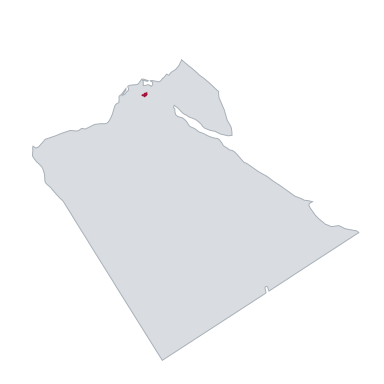 Tamy Al-Amdid, Ad Daqahliyah, Egypt shown in context, rotated 327°
{"feature_id": "37247803B352337860507", "entity_name": "Tamy Al-Amdid", "entity_type": "district", "adm_level": 2, "iso_a3": "EGY", "parent_name": "Egypt", "parent_adm1": "Ad Daqahliyah", "projection": "equal_earth", "projection_center": [31.578, 30.948], "detail": "fine", "context": "in_parent", "style": "filled", "palette": "rose", "viewbox_px": 384, "rotation_deg": 327, "n_neighbors": 0, "source": "geoboundaries", "source_scale": "gbopen_adm2", "svg_char_len": 3779}
<svg xmlns="http://www.w3.org/2000/svg" viewBox="0 0 384 384"><g transform="rotate(327 192 192)"><path d="M309.8,316.9L303.3,316.9L296.8,316.9L290.4,316.9L283.9,316.9L277.4,316.9L271.0,316.9L264.5,316.9L258.0,316.9L251.6,316.9L245.1,316.9L238.6,316.9L232.2,316.9L225.7,317.0L219.2,317.0L212.8,317.0L206.3,317.0L202.6,317.0L203.2,314.6L203.6,312.9L203.2,311.8L201.9,311.5L201.1,311.9L199.2,316.8L198.2,317.0L195.9,317.0L188.3,317.0L180.8,317.0L173.3,317.0L165.8,317.0L158.2,317.0L150.7,317.0L143.2,317.0L135.6,317.0L128.1,317.0L120.6,317.0L113.1,317.0L105.5,317.0L98.0,317.0L90.5,317.0L82.9,317.0L75.4,317.0L75.5,311.0L75.6,305.1L75.7,299.2L75.8,293.2L75.9,287.3L76.0,281.4L76.1,275.5L76.2,269.6L76.3,263.7L76.4,257.8L76.5,252.0L76.6,246.1L76.7,240.2L76.8,234.4L76.9,228.5L77.1,222.7L77.2,216.8L77.3,211.0L77.4,205.1L77.5,199.3L77.6,193.5L77.7,187.7L77.8,181.9L78.0,176.1L78.1,170.3L78.2,164.5L78.3,158.7L78.4,152.9L78.6,147.1L78.7,141.4L78.8,135.6L78.9,129.9L78.8,128.8L77.8,124.9L77.0,119.9L76.1,113.9L76.0,111.9L74.3,105.6L74.2,103.9L74.7,102.6L77.7,97.3L78.6,94.8L79.4,91.7L79.7,89.2L79.0,85.4L78.1,82.0L77.8,78.5L77.8,75.1L79.3,72.8L81.1,70.6L81.8,69.2L82.9,67.7L83.6,67.0L85.0,70.1L87.9,70.6L97.7,67.9L108.3,70.6L114.2,71.7L123.3,74.0L128.7,78.2L130.2,78.7L134.2,78.6L136.8,81.1L147.2,82.3L152.7,85.0L155.9,87.2L157.8,87.9L159.4,87.8L161.7,87.0L164.6,85.4L167.7,83.3L174.1,77.8L176.4,76.9L177.9,77.1L179.7,77.0L180.5,75.6L181.4,74.5L182.0,73.4L183.0,72.0L186.3,71.6L193.0,69.2L192.3,70.4L186.2,73.0L188.8,73.4L191.5,72.5L194.5,71.9L195.1,70.7L195.5,68.6L196.1,68.3L198.2,68.7L204.4,72.0L206.0,72.0L210.4,70.3L211.3,69.9L212.8,70.9L216.0,74.9L214.9,74.9L211.4,71.4L211.1,73.1L209.1,76.2L211.6,77.5L213.6,78.0L214.7,79.7L215.4,81.2L217.4,80.6L218.8,78.5L218.1,77.3L217.6,76.1L218.2,76.1L219.6,77.1L223.6,81.0L224.9,81.8L226.5,81.7L229.7,80.6L230.6,80.8L234.9,79.3L235.4,80.4L236.2,81.4L239.6,80.3L245.1,80.3L249.6,79.0L254.8,75.9L255.2,75.4L255.5,76.2L256.1,78.3L257.7,83.7L259.2,87.9L260.9,93.8L261.5,96.1L261.7,97.6L264.2,104.1L265.8,109.4L266.9,113.8L268.4,120.1L269.1,122.3L268.1,123.5L266.0,127.6L263.8,140.7L260.6,151.0L260.3,157.5L259.8,159.8L258.3,163.1L256.4,166.3L253.0,164.6L247.5,159.0L244.3,153.6L240.8,150.2L237.5,145.6L236.6,142.3L236.7,140.2L235.2,135.1L234.2,132.7L230.2,127.2L229.1,124.3L228.2,123.0L227.3,121.2L225.9,114.1L224.3,109.6L222.5,110.9L222.9,112.8L221.3,115.4L220.4,118.4L221.1,120.9L224.3,124.6L225.0,126.3L225.8,129.9L225.7,134.7L226.2,136.4L228.6,140.0L229.5,142.1L230.0,144.0L230.8,145.7L233.2,148.8L236.7,154.8L240.0,158.9L242.4,160.9L243.4,162.8L243.7,167.9L243.5,170.3L245.6,174.9L246.4,177.2L248.4,179.1L249.4,181.2L250.2,184.7L251.6,195.1L253.4,197.7L258.9,211.3L263.5,220.0L265.8,226.5L269.3,234.4L276.1,251.7L280.1,257.1L281.7,260.1L284.6,262.4L287.8,265.8L284.8,265.5L284.1,265.7L283.0,266.3L282.6,268.3L282.4,270.0L282.8,278.8L283.7,283.3L286.4,291.9L288.4,294.4L289.3,296.1L290.7,297.3L296.9,300.2L300.6,306.4L308.9,314.3L309.7,316.4L309.8,316.9Z" fill="#d9dde1" stroke="#a8b0b8" stroke-width="1"/><path d="M207.5,84.3L207.2,84.3L206.9,84.3L206.9,84.2L206.7,84.0L206.5,83.9L206.3,83.8L206.1,83.7L205.9,83.7L205.7,83.7L205.6,83.8L205.6,84.0L205.4,84.1L205.2,84.2L205.1,84.3L204.9,84.3L204.7,84.4L204.4,84.3L204.2,84.3L204.0,84.2L203.9,84.1L203.9,84.3L203.6,84.3L203.4,84.3L203.5,84.4L203.5,84.5L203.8,84.6L203.9,84.8L204.0,84.8L204.1,85.0L204.2,85.3L204.2,85.5L204.3,85.6L204.6,85.6L204.7,85.8L204.6,86.0L204.8,86.0L204.8,85.9L204.9,86.0L205.0,86.0L205.2,85.8L205.3,85.8L205.5,86.0L205.8,86.0L206.0,86.0L206.2,85.9L206.3,85.8L206.3,85.7L206.5,85.5L206.8,85.7L207.0,85.6L207.3,85.5L207.4,85.4L207.5,85.3L207.5,85.2L207.4,84.9L207.4,84.7L207.4,84.4L207.5,84.3L207.5,84.3Z" fill="#f43f5e" stroke="#9f1239" stroke-width="1.5"/></g></svg>